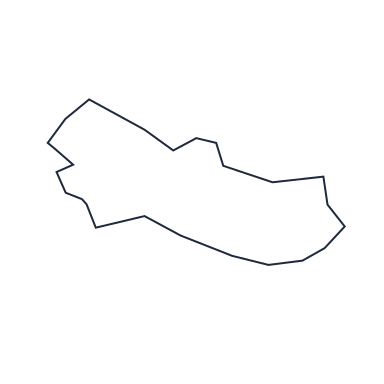 the border of Knowsley, rotated 120°
{"feature_id": "GBR-5666", "entity_name": "Knowsley", "entity_type": "Metropolitan Borough", "adm_level": 1, "iso_a3": "GBR", "parent_name": "United Kingdom", "parent_adm1": "", "projection": "albers", "projection_center": [-2.836, 53.422], "detail": "fine", "context": "isolated", "style": "outline", "palette": "slate", "viewbox_px": 384, "rotation_deg": 120, "n_neighbors": 0, "source": "natural_earth", "source_scale": "10m", "svg_char_len": 484}
<svg xmlns="http://www.w3.org/2000/svg" viewBox="0 0 384 384"><g transform="rotate(120 192 192)"><path d="M221.6,341.5L192.0,338.2L163.3,327.4L161.8,264.2L165.4,229.0L143.2,215.2L137.4,195.6L153.7,178.0L143.3,127.1L113.0,85.9L135.2,68.3L145.5,42.5L174.3,49.1L196.2,62.0L216.9,89.3L227.2,125.2L235.4,180.0L236.6,221.1L271.0,257.5L255.4,277.1L253.2,283.7L255.8,301.0L248.0,311.7L242.4,319.3L227.8,308.6L223.3,331.5L221.6,341.5Z" fill="none" stroke="#1e293b" stroke-width="2"/></g></svg>